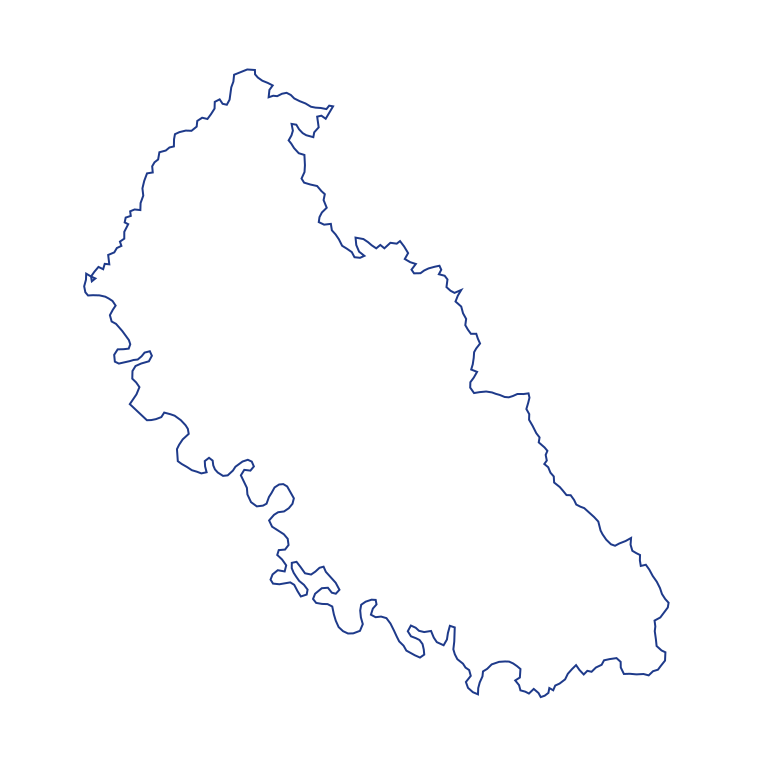 the district of Otacílio Costa, Santa Catarina, Brazil, rotated 6°
{"feature_id": "56859067B66528087986219", "entity_name": "Otacílio Costa", "entity_type": "district", "adm_level": 2, "iso_a3": "BRA", "parent_name": "Brazil", "parent_adm1": "Santa Catarina", "projection": "orthographic", "projection_center": [-49.975, -27.498], "detail": "fine", "context": "isolated", "style": "outline", "palette": "blue", "viewbox_px": 768, "rotation_deg": 6, "n_neighbors": 0, "source": "geoboundaries", "source_scale": "gbopen_adm2", "svg_char_len": 6137}
<svg xmlns="http://www.w3.org/2000/svg" viewBox="0 0 768 768"><g transform="rotate(6 384 384)"><path d="M451.0,282.4L444.6,286.0L440.4,284.3L436.0,281.1L436.2,273.4L433.0,270.0L427.1,269.1L429.0,264.4L426.8,260.6L422.4,262.0L416.2,264.4L412.1,266.9L408.7,270.0L402.3,270.8L399.4,267.4L403.1,261.3L397.3,260.1L391.6,257.5L394.3,251.3L389.6,245.1L385.0,240.2L382.0,243.1L375.6,242.9L370.2,249.0L365.8,246.1L362.1,249.9L357.2,247.3L353.3,244.6L348.4,242.0L340.4,241.4L341.9,248.7L345.4,255.0L351.1,258.6L347.0,261.0L341.4,261.0L338.2,256.2L332.9,253.3L327.9,250.9L324.0,244.8L320.2,240.3L316.1,236.6L314.4,230.3L307.8,231.8L302.2,229.8L302.4,224.8L304.3,219.9L308.6,214.7L304.7,207.4L305.3,201.4L301.7,198.8L296.8,194.1L289.9,193.3L283.5,192.1L280.5,188.3L282.8,181.5L282.5,174.7L280.9,164.5L275.1,163.4L269.9,158.8L266.6,154.6L263.7,151.7L266.0,146.4L266.9,141.6L264.9,135.0L269.7,135.3L272.9,139.6L276.9,143.0L280.6,144.7L287.9,145.9L288.3,141.0L292.2,135.6L289.6,125.1L293.7,123.7L298.3,126.3L304.3,113.2L300.4,112.9L298.0,116.6L292.2,116.1L287.0,116.3L282.4,115.9L276.6,113.2L270.5,111.5L264.9,109.4L261.1,106.3L256.7,104.6L252.2,106.0L247.7,108.9L243.7,108.9L239.3,110.9L239.3,103.5L242.1,98.7L236.9,96.7L231.3,95.1L226.5,92.4L223.4,89.5L222.8,85.2L215.1,85.5L202.6,92.1L202.6,99.0L201.1,104.9L200.7,117.4L198.5,122.7L194.2,122.2L190.8,118.1L186.2,121.1L186.7,127.8L183.7,133.8L180.7,138.9L175.3,138.2L170.8,141.9L170.8,147.6L166.1,152.3L160.3,152.7L154.2,154.9L150.0,157.4L149.6,162.5L150.2,169.7L145.9,171.2L142.6,174.6L136.4,177.0L135.9,184.3L132.6,187.5L130.7,191.7L131.9,197.8L126.3,199.3L124.3,207.1L123.3,214.7L124.9,221.8L123.0,229.5L123.5,236.5L117.7,236.5L113.5,238.8L114.6,243.3L109.7,245.5L109.2,250.4L112.9,251.8L109.8,259.8L110.5,266.6L106.5,270.0L108.4,274.1L104.1,276.7L102.0,281.3L96.2,284.5L98.3,293.7L93.7,293.7L92.7,299.2L87.8,297.4L84.2,302.7L81.4,307.7L76.3,305.4L76.7,311.4L75.6,318.2L77.4,324.0L80.4,326.9L85.3,326.1L91.8,325.6L97.7,326.3L101.4,327.8L105.3,329.8L108.9,334.1L106.6,338.4L104.2,344.2L106.6,350.3L111.2,352.2L118.2,358.7L125.7,367.0L127.5,371.0L126.4,375.5L121.5,376.6L115.5,377.4L112.6,383.2L114.0,389.9L118.2,391.4L128.8,387.8L132.4,386.3L136.5,385.4L140.0,381.8L142.6,377.8L147.7,375.9L150.2,380.2L147.8,386.0L140.4,389.0L135.0,392.1L132.5,397.4L133.1,405.0L137.4,408.4L141.1,412.7L138.9,420.2L133.3,430.6L152.0,444.8L156.3,444.2L160.8,442.8L166.0,440.2L168.4,435.4L174.8,436.4L179.1,437.4L185.7,441.2L191.0,445.8L193.6,449.1L195.0,454.0L189.6,460.1L186.6,465.8L184.9,470.4L187.0,482.3L191.2,484.7L196.9,487.2L201.9,489.8L207.1,490.8L211.7,492.0L216.8,490.3L214.7,484.7L213.8,479.4L217.7,475.7L221.6,478.1L222.7,482.8L224.8,486.6L227.9,489.4L233.5,492.2L238.1,491.2L242.8,485.9L244.9,481.8L251.4,475.9L256.5,473.6L260.6,475.0L263.2,479.6L260.2,484.1L254.0,484.0L251.2,489.8L258.5,501.6L259.7,508.1L264.1,515.4L270.3,519.0L276.4,517.6L279.7,515.3L281.4,508.4L283.5,504.2L286.0,498.3L290.2,494.9L294.3,494.1L298.4,496.0L306.3,507.1L305.5,512.7L302.3,517.5L297.9,521.2L292.1,522.6L288.3,525.6L284.0,531.7L287.6,537.6L300.1,543.9L304.4,548.0L305.9,554.1L302.9,559.0L296.7,560.2L295.7,565.2L301.0,569.2L305.7,574.6L304.8,580.8L297.8,580.3L293.1,585.0L291.6,590.4L294.5,594.1L300.9,594.1L311.5,591.1L315.7,593.1L319.7,599.1L323.5,604.0L329.1,601.5L329.5,596.5L325.4,592.1L320.2,588.7L316.8,584.8L313.9,581.2L311.5,576.8L311.0,571.5L315.6,570.0L320.1,574.7L325.2,580.5L331.4,581.1L335.3,577.8L339.1,573.5L343.0,572.0L345.8,576.9L356.7,586.7L361.2,593.3L358.0,597.6L353.9,597.0L349.5,592.5L343.5,593.6L337.4,599.8L335.9,605.2L339.4,608.8L345.4,609.2L350.9,608.8L355.8,610.7L358.2,618.3L360.8,624.5L364.3,630.5L369.1,634.1L374.3,635.9L379.5,635.2L385.9,632.0L388.0,625.0L385.4,618.5L384.0,611.7L384.4,605.9L388.5,602.4L394.2,599.8L398.3,599.6L399.6,604.0L396.4,608.5L395.1,614.8L400.0,616.8L405.4,615.6L410.9,616.6L415.5,621.6L419.7,628.2L423.1,633.9L426.0,638.4L430.8,642.2L434.1,646.8L443.1,650.6L448.4,652.3L452.3,648.9L451.3,643.9L449.5,638.6L446.1,634.9L442.4,633.5L437.2,632.1L433.5,627.4L436.0,621.4L441.0,623.1L444.6,625.8L449.9,626.5L456.6,624.7L460.0,631.0L463.5,635.2L470.6,637.6L473.3,631.5L473.6,625.0L474.8,617.6L479.8,618.7L480.8,632.8L480.7,640.6L482.7,645.4L485.7,650.0L491.8,653.9L494.7,657.5L498.6,659.6L500.8,665.2L496.6,671.8L499.3,677.4L504.6,681.2L509.9,682.8L509.5,676.6L510.4,670.8L512.5,664.5L512.5,659.5L516.4,656.5L520.4,651.6L527.5,648.3L533.3,647.3L537.4,647.0L541.6,648.4L545.8,650.7L549.5,653.2L549.8,661.7L545.5,665.1L549.8,669.4L551.7,674.4L556.6,675.2L560.5,676.7L564.8,671.6L570.0,675.2L572.6,679.0L576.4,677.2L579.8,674.0L580.2,669.1L584.3,670.9L585.8,666.0L589.9,663.6L595.0,658.8L597.1,653.0L600.7,648.0L604.4,643.5L608.3,648.0L613.0,652.0L616.2,648.0L620.5,648.5L624.4,643.8L629.8,640.5L631.7,635.8L637.2,634.0L643.9,632.3L648.4,635.6L649.1,641.2L652.9,647.3L658.7,646.5L665.4,646.4L672.4,645.3L677.7,646.1L681.6,641.5L686.3,639.5L688.7,635.5L692.4,629.7L691.9,621.4L687.9,620.0L682.5,616.1L681.1,609.5L679.1,601.5L679.2,596.8L677.8,591.0L683.2,587.3L689.6,576.6L689.9,571.8L686.1,568.4L682.4,563.8L679.8,558.1L676.0,552.2L671.3,546.8L667.2,540.8L663.3,536.4L658.4,538.1L656.9,532.6L656.5,527.3L652.5,525.8L648.4,523.9L646.0,518.0L645.8,511.3L640.7,514.9L634.7,518.0L630.7,520.7L626.5,519.7L621.3,515.6L617.1,510.7L614.7,507.1L611.5,498.4L606.8,494.3L596.1,486.5L592.2,485.5L587.8,483.8L585.2,479.5L581.3,475.1L577.1,475.4L573.4,471.7L569.6,468.1L563.5,464.2L562.5,458.2L558.8,454.8L556.0,449.6L551.8,446.8L553.9,443.1L552.2,437.6L553.5,433.4L550.3,430.3L544.0,425.9L544.3,420.9L540.6,417.0L536.1,410.0L532.0,404.4L531.6,398.8L528.2,394.0L529.4,387.5L530.1,382.4L528.7,378.2L523.8,379.4L517.7,380.0L513.4,382.5L509.5,384.2L505.4,384.3L500.3,382.8L496.2,382.1L492.3,381.1L486.4,380.8L479.9,382.1L474.5,383.6L470.1,378.6L469.7,373.2L472.6,368.3L475.3,362.2L469.2,360.5L470.2,355.2L470.5,348.7L470.3,342.9L472.0,339.0L475.3,333.7L472.6,329.1L470.5,324.4L465.2,325.0L461.7,321.1L458.7,317.0L458.9,310.7L455.2,305.4L452.7,298.9L446.5,294.5L448.2,288.4L451.0,282.4ZM81.4,307.7L85.9,309.2L82.7,312.4L81.4,307.7Z" fill="none" stroke="#1e3a8a" stroke-width="2"/></g></svg>